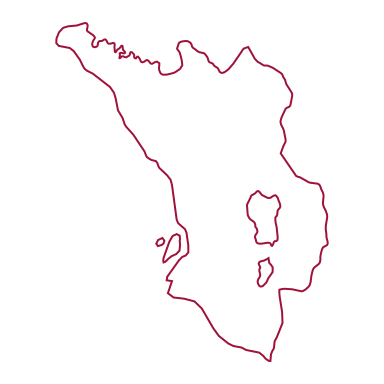 map outline of Selangor (Robinson projection)
{"feature_id": "MYS-1148", "entity_name": "Selangor", "entity_type": "State", "adm_level": 1, "iso_a3": "MYS", "parent_name": "Malaysia", "parent_adm1": "", "projection": "robinson", "projection_center": [101.463, 3.229], "detail": "fine", "context": "isolated", "style": "outline", "palette": "rose", "viewbox_px": 384, "rotation_deg": 0, "n_neighbors": 0, "source": "natural_earth", "source_scale": "10m", "svg_char_len": 5857}
<svg xmlns="http://www.w3.org/2000/svg" viewBox="0 0 384 384"><path d="M270.4,361.0L268.6,360.8L265.6,358.7L263.3,355.9L259.2,352.6L246.2,350.0L241.4,347.5L233.4,346.0L228.3,343.5L218.9,336.0L213.5,328.6L201.8,308.5L194.5,301.4L184.2,298.7L173.6,297.5L167.9,293.2L172.0,281.1L166.7,280.3L167.2,276.8L178.9,260.4L182.3,256.9L185.7,255.5L188.3,252.4L188.3,245.5L186.5,232.7L185.0,229.2L178.2,223.2L176.7,219.8L172.0,185.0L170.6,179.8L167.2,175.4L159.1,167.7L158.2,165.6L157.4,163.2L156.0,161.2L151.3,159.9L149.0,158.6L147.0,157.1L146.2,155.9L144.6,151.6L133.4,134.8L126.0,126.5L124.6,124.2L122.6,118.0L118.0,110.4L115.7,98.5L114.0,92.8L110.0,87.0L92.9,73.7L87.2,70.8L84.9,69.1L83.5,67.1L79.9,59.8L73.8,51.2L69.8,48.0L58.8,45.9L56.3,43.1L56.5,38.5L59.0,32.3L62.9,28.1L63.8,27.6L68.3,26.3L76.8,25.5L83.5,23.4L85.3,23.0L86.2,23.2L87.0,23.7L87.6,25.1L87.6,26.2L87.5,27.2L87.0,29.0L86.9,29.9L87.1,30.6L87.5,31.3L93.4,35.4L94.5,36.7L94.9,37.8L94.6,38.6L93.6,40.0L92.9,41.4L92.3,43.2L92.2,44.1L92.3,45.1L92.6,46.0L93.1,46.7L93.9,47.1L94.9,47.2L96.6,46.7L97.3,46.1L97.7,45.4L97.9,43.6L98.1,42.7L98.6,41.9L99.0,41.4L100.0,41.0L101.7,41.0L102.2,40.9L103.7,39.8L104.4,39.5L105.2,39.4L106.0,39.9L106.8,41.1L107.2,42.2L107.8,43.2L108.8,43.7L110.7,43.7L112.7,43.0L113.5,43.0L114.3,43.3L114.7,44.5L114.4,47.6L114.7,49.4L114.7,50.4L114.8,51.3L115.0,52.0L115.5,52.2L116.2,51.5L117.2,49.9L117.7,49.4L119.1,48.6L119.6,48.1L120.2,47.5L121.1,46.1L121.7,45.8L122.3,45.8L122.7,46.8L122.8,48.7L123.0,49.5L123.4,50.2L124.5,51.3L124.9,52.0L125.1,52.7L124.6,53.2L123.5,53.4L121.4,52.8L120.3,52.9L119.7,53.4L119.9,55.1L119.8,56.0L119.4,57.6L119.5,58.1L120.1,58.1L121.7,56.5L122.7,56.3L123.7,56.5L125.0,57.2L126.3,57.3L129.3,55.5L129.8,54.5L130.3,52.5L130.9,52.1L131.8,52.2L133.8,54.2L134.2,55.1L134.1,56.8L134.3,57.5L134.8,58.1L135.4,58.4L136.1,58.3L136.6,57.3L137.2,56.7L137.9,56.6L138.9,57.6L139.5,58.4L141.0,61.7L141.7,62.1L142.6,62.3L144.4,61.6L146.1,60.3L146.9,60.1L147.8,60.3L149.1,61.5L150.5,63.3L151.2,63.7L152.1,63.8L155.5,61.9L157.1,61.7L159.3,63.2L159.3,65.4L159.0,67.4L159.0,68.5L159.3,70.4L160.0,72.1L160.4,72.8L160.8,73.5L161.5,74.0L162.2,74.4L163.1,74.7L166.9,74.6L172.7,73.2L174.9,72.4L180.0,69.0L182.3,65.3L181.8,60.7L180.7,56.0L179.6,52.4L179.2,51.7L177.3,49.2L177.1,48.5L177.3,47.7L177.6,47.0L178.2,45.2L178.4,44.3L178.8,43.4L179.2,42.8L179.8,42.3L180.9,41.8L182.5,41.4L185.7,41.0L187.7,41.2L190.1,42.5L190.9,43.4L191.5,44.5L192.0,46.3L192.4,47.1L192.9,47.7L194.2,48.7L194.8,49.0L195.8,49.8L197.2,51.0L198.7,51.9L200.5,52.5L203.3,53.0L204.0,53.3L204.6,53.7L205.2,54.3L207.1,56.8L207.5,57.5L208.6,61.0L208.9,61.6L209.2,62.0L209.8,62.4L211.8,63.1L212.6,63.6L213.2,64.2L214.1,65.6L215.3,66.6L216.8,67.4L217.4,67.9L218.0,68.5L219.7,71.8L220.1,72.2L220.8,72.6L221.7,72.9L223.1,72.7L224.1,72.4L226.1,71.1L228.5,69.2L233.3,63.7L241.6,51.6L242.3,50.3L243.3,49.1L243.9,48.5L248.2,47.0L254.9,58.9L257.9,62.0L259.4,62.7L263.3,65.2L264.5,65.6L265.4,65.5L267.3,65.6L268.2,65.8L272.8,67.8L280.9,73.1L282.3,74.5L283.2,77.0L285.0,79.7L285.3,80.6L285.5,81.5L286.4,84.3L289.9,89.7L292.1,93.5L292.2,96.0L290.6,104.1L290.3,105.4L289.8,106.1L289.3,106.7L288.6,107.1L287.0,107.7L285.7,108.6L281.6,117.3L280.9,119.7L280.5,121.5L280.6,122.5L280.8,123.5L281.1,124.4L281.4,125.3L283.0,128.3L283.9,130.8L285.6,139.4L285.6,140.8L285.4,142.0L283.4,146.1L280.7,153.4L296.1,175.9L297.7,176.7L300.0,177.3L308.8,182.3L310.1,182.7L317.7,183.7L319.0,184.5L319.6,185.1L320.4,186.6L321.2,189.2L322.8,192.3L323.3,194.0L323.6,196.0L322.9,203.0L323.2,205.2L324.1,207.6L325.7,210.6L326.3,212.4L326.9,214.1L327.1,215.0L327.2,217.1L325.9,225.3L325.7,229.2L326.3,233.2L326.5,237.5L327.5,241.2L327.7,243.2L327.5,244.2L326.9,245.2L323.1,247.3L322.4,248.4L321.8,250.1L320.9,253.5L320.3,257.1L320.4,259.3L320.3,260.3L319.9,262.2L319.4,263.2L318.5,264.2L314.1,267.7L313.7,268.3L313.1,269.2L312.6,270.6L311.4,275.6L310.6,282.0L309.8,284.9L309.1,286.1L307.8,287.5L305.0,289.9L303.3,290.8L302.0,291.3L301.0,291.2L292.3,289.3L285.1,288.8L283.1,288.9L279.9,289.5L279.4,289.7L279.3,292.0L279.6,296.1L282.1,312.1L282.5,323.0L276.9,337.1L274.8,341.0L274.5,342.2L274.1,346.8L273.7,348.8L272.3,351.0L271.0,354.3L270.4,361.0ZM269.3,198.0L267.4,197.8L261.8,194.9L259.1,191.5L258.0,191.1L257.2,191.2L254.9,193.5L251.9,195.2L251.4,195.6L251.1,196.0L250.4,197.9L247.1,204.5L247.0,205.3L247.7,214.6L248.0,215.6L248.9,217.5L250.1,219.1L250.8,219.7L253.8,221.8L254.5,222.6L255.0,223.8L255.3,225.0L255.3,226.4L255.5,227.0L255.7,227.4L256.0,227.6L256.7,228.5L257.2,230.1L257.4,231.1L257.3,232.0L257.1,232.7L255.7,234.7L255.3,235.6L255.0,236.6L255.1,237.7L255.8,239.6L256.1,241.1L256.5,242.2L257.2,243.0L258.4,243.5L259.9,243.7L261.4,243.7L267.8,242.7L269.4,242.9L270.1,243.2L270.6,243.7L271.4,245.6L272.0,245.9L272.7,245.1L273.3,243.9L273.7,242.5L274.2,241.6L274.8,241.2L275.7,241.2L276.6,240.9L277.3,240.2L277.6,239.1L277.7,237.6L276.7,227.5L275.6,222.4L275.3,219.3L275.4,217.5L276.0,216.7L276.9,215.7L277.2,214.6L277.6,210.9L278.1,209.7L279.7,208.1L280.1,207.2L280.3,206.1L280.1,204.5L279.6,202.9L278.6,200.6L277.7,197.7L276.8,196.7L276.3,195.8L275.4,195.3L274.4,195.4L272.1,196.6L270.9,197.6L269.3,198.0ZM261.0,286.6L262.7,286.1L266.1,282.8L267.2,280.9L268.0,278.7L272.6,272.1L272.7,267.4L271.0,264.8L269.2,262.8L268.5,258.1L266.6,259.4L265.6,259.7L264.3,260.5L260.8,261.3L259.3,262.1L258.7,263.7L259.2,265.2L260.1,266.7L260.2,267.9L259.5,268.9L259.3,270.6L260.2,274.7L260.1,276.1L259.6,277.0L259.1,278.2L258.4,278.9L257.6,281.4L257.9,283.3L258.9,285.4L260.0,286.3L261.0,286.6ZM180.0,239.2L179.7,241.1L180.1,244.5L179.5,250.7L176.2,254.1L171.7,256.1L168.2,258.9L166.8,260.4L165.4,261.7L163.6,262.4L163.2,260.7L163.6,257.8L169.4,241.6L172.6,236.0L176.7,234.1L179.7,235.7L180.0,239.2ZM164.4,240.7L163.5,243.6L161.6,245.0L157.9,246.1L156.3,243.7L158.1,240.0L162.4,238.0L164.4,240.7Z" fill="none" stroke="#9f1239" stroke-width="2"/></svg>